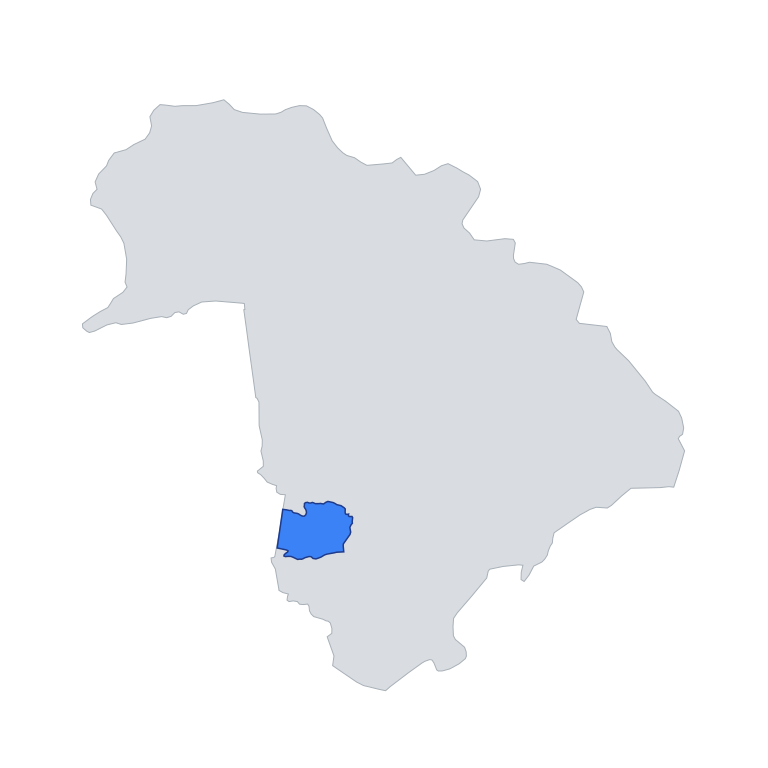 Koulpélogo highlighted on a map of Burkina Faso, rotated 83°
{"feature_id": "BFA-2827", "entity_name": "Koulpélogo", "entity_type": "Province", "adm_level": 1, "iso_a3": "BFA", "parent_name": "Burkina Faso", "parent_adm1": "", "projection": "equal_earth", "projection_center": [0.155, 11.405], "detail": "fine", "context": "in_parent", "style": "filled", "palette": "blue", "viewbox_px": 768, "rotation_deg": 83, "n_neighbors": 0, "source": "natural_earth", "source_scale": "10m", "svg_char_len": 4360}
<svg xmlns="http://www.w3.org/2000/svg" viewBox="0 0 768 768"><g transform="rotate(83 384 384)"><path d="M574.3,513.4L554.4,514.4L547.2,517.3L542.9,517.3L542.7,514.9L542.2,513.5L517.2,505.5L499.7,500.7L481.9,495.4L480.9,500.4L478.3,503.6L474.5,503.8L471.8,503.0L470.1,506.8L467.1,511.9L463.0,514.4L458.9,517.5L456.7,520.2L455.0,520.3L451.0,513.8L445.6,513.2L435.5,514.3L430.9,512.5L424.7,511.6L410.1,513.0L386.7,510.3L382.8,511.7L381.8,512.9L358.7,513.2L333.2,513.6L311.8,513.8L293.2,514.1L293.1,513.0L287.1,512.8L286.5,515.0L281.1,540.9L280.4,554.9L283.2,563.7L286.4,569.2L289.9,571.5L290.3,574.7L287.4,578.7L287.6,582.9L290.9,587.1L291.7,591.6L290.0,596.4L290.4,607.7L292.9,625.7L292.9,637.4L290.5,642.7L291.6,651.9L296.2,664.7L297.0,670.2L295.3,672.7L291.5,676.1L287.6,676.0L283.1,668.2L281.2,664.7L277.5,656.8L274.5,648.8L270.3,645.3L266.2,642.1L261.2,632.0L256.4,627.2L251.3,628.6L243.8,626.7L228.8,624.2L212.7,625.0L206.0,627.3L199.3,630.9L182.5,639.0L175.9,643.0L170.8,653.1L165.1,652.9L159.4,649.7L155.8,645.1L148.2,646.1L140.8,641.6L133.7,632.8L128.5,630.0L121.8,623.6L120.0,611.5L115.8,603.0L111.9,591.3L106.2,586.0L99.5,583.2L90.2,583.8L84.2,579.1L79.4,572.2L80.7,566.2L82.9,557.7L83.2,549.6L84.8,536.4L84.0,519.8L82.4,508.3L87.5,503.5L93.4,499.2L97.2,491.3L101.1,473.7L102.8,458.6L101.7,452.9L99.7,448.5L98.2,441.9L97.4,433.9L98.5,427.0L103.0,420.5L108.6,415.1L112.6,412.5L123.1,409.8L136.3,405.8L143.9,401.3L149.5,396.7L152.6,393.1L155.8,385.7L160.9,380.0L164.9,374.3L165.5,358.2L165.6,349.0L162.7,344.0L161.1,339.7L180.6,327.1L180.8,318.3L178.2,308.4L174.4,300.4L173.1,293.6L178.5,285.5L183.3,279.4L186.8,274.3L194.5,266.4L202.5,264.4L209.7,267.3L230.8,285.8L234.5,287.0L239.0,285.6L244.6,280.7L251.9,276.9L254.6,264.5L254.5,246.3L256.2,238.0L260.0,236.5L272.2,239.9L275.4,240.1L279.0,239.0L281.6,235.8L281.5,229.9L280.9,224.7L285.0,207.8L292.3,195.2L307.1,179.3L311.7,176.2L317.0,174.5L343.3,185.4L347.6,182.7L354.1,155.8L361.3,153.2L369.8,152.7L375.4,150.4L378.3,148.5L390.8,138.3L412.9,124.4L424.8,118.4L427.2,116.2L435.7,106.3L447.0,95.0L454.1,92.7L464.1,91.9L470.3,93.8L472.0,97.0L474.1,98.6L487.0,93.8L505.6,101.5L521.7,109.0L520.6,113.8L520.5,122.2L519.2,135.6L517.6,151.6L524.2,162.0L532.2,173.1L534.3,177.5L532.2,188.4L533.6,194.9L537.9,205.6L545.0,219.3L552.4,233.3L557.4,235.2L562.3,236.3L565.2,238.8L569.5,241.2L573.8,242.8L577.5,245.9L579.9,248.9L583.0,257.6L591.3,263.3L597.1,269.0L594.8,271.8L587.5,270.7L580.8,268.2L579.9,272.4L579.6,288.3L580.7,301.5L582.3,303.3L589.1,305.7L605.4,323.0L620.1,339.2L625.1,343.5L633.3,345.1L642.4,345.8L646.3,344.3L655.1,336.1L659.8,335.1L664.1,335.4L666.5,336.7L670.8,343.4L674.8,353.5L675.9,361.0L675.5,365.0L674.2,366.5L667.0,368.4L663.8,370.0L663.1,372.2L664.2,377.2L665.6,380.4L673.6,395.0L685.1,414.7L688.6,419.8L686.6,425.7L680.8,441.1L676.5,447.5L657.3,469.3L647.8,466.8L628.0,471.2L625.1,466.2L620.4,465.5L614.7,466.4L612.6,468.3L612.0,470.4L610.0,473.4L606.3,482.1L603.5,484.3L600.0,485.6L595.6,485.5L593.1,486.6L593.1,490.9L592.3,494.6L589.4,496.5L588.2,500.6L588.4,504.8L586.7,506.6L583.0,505.6L580.8,504.5L578.7,509.8L576.1,513.4L574.3,513.4Z" fill="#d9dde1" stroke="#a8b0b8" stroke-width="1"/><path d="M533.8,510.0L527.1,508.2L509.5,503.4L500.1,500.8L496.1,499.8L496.3,498.9L497.0,496.1L498.0,493.3L498.1,491.8L498.7,490.8L500.0,490.3L500.9,489.1L501.4,487.5L501.8,486.0L502.6,484.5L503.7,483.3L504.5,482.2L505.3,480.7L505.4,479.2L504.3,477.6L502.2,476.6L500.0,476.7L498.5,477.2L497.2,477.9L495.9,478.2L494.4,477.7L493.1,477.6L492.2,476.5L492.1,474.4L493.0,472.8L493.2,471.2L492.8,469.6L493.5,468.2L494.4,466.7L494.8,463.1L494.8,461.5L495.3,460.1L495.7,458.6L494.4,456.3L493.7,454.0L495.5,448.9L496.6,447.2L498.0,445.5L499.5,441.5L502.0,438.6L503.3,437.7L506.4,438.2L507.7,438.2L508.7,437.6L508.9,436.0L508.8,435.0L509.4,435.2L510.6,435.3L511.3,434.6L511.6,431.9L512.8,431.4L517.0,432.4L518.3,432.3L519.7,433.8L522.2,435.4L526.9,435.1L529.2,436.1L537.7,443.8L539.4,444.2L545.7,444.4L545.2,451.4L545.5,454.1L545.9,461.3L546.4,463.8L548.1,467.6L548.9,470.8L549.3,472.9L548.5,475.7L546.5,477.4L546.1,479.4L546.8,483.8L547.5,485.4L547.9,487.3L547.5,488.9L547.6,490.0L547.6,491.1L544.8,495.5L543.8,497.4L543.4,500.0L543.3,502.9L542.5,504.3L541.2,503.8L539.9,501.9L539.1,500.2L538.0,499.5L536.9,500.9L534.0,509.2L533.8,510.0Z" fill="#3b82f6" stroke="#1e3a8a" stroke-width="1.5"/></g></svg>